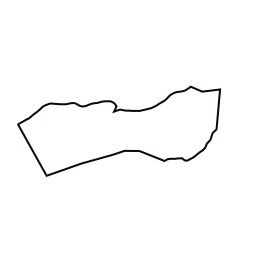 the district of Aurendel Hill, Castries, Saint Lucia, rotated 67°
{"feature_id": "8701671B68700558971197", "entity_name": "Aurendel Hill", "entity_type": "district", "adm_level": 2, "iso_a3": "LCA", "parent_name": "Saint Lucia", "parent_adm1": "Castries", "projection": "robinson", "projection_center": [-60.987, 14.001], "detail": "fine", "context": "isolated", "style": "outline", "palette": "ink", "viewbox_px": 256, "rotation_deg": 67, "n_neighbors": 0, "source": "geoboundaries", "source_scale": "gbopen_adm2", "svg_char_len": 1366}
<svg xmlns="http://www.w3.org/2000/svg" viewBox="0 0 256 256"><g transform="rotate(67 128 128)"><path d="M140.2,221.6L142.5,185.2L146.8,151.9L147.7,140.1L153.7,126.4L172.7,107.2L172.2,104.0L172.9,101.1L174.7,96.9L175.4,94.3L177.0,90.1L180.2,88.3L181.2,85.9L180.7,80.4L180.2,77.6L178.4,71.5L177.7,67.6L177.3,67.1L176.5,64.8L173.2,61.5L171.2,56.8L165.8,52.1L163.8,47.0L128.5,28.2L124.9,40.8L123.5,45.5L114.5,54.1L115.0,55.8L115.5,58.5L115.8,61.2L115.4,63.8L114.9,65.9L114.2,68.3L113.7,71.1L113.8,72.9L113.9,73.2L114.0,74.3L114.0,75.1L114.6,77.1L115.3,78.8L116.4,81.3L117.1,83.6L117.5,86.4L117.8,89.4L118.5,93.0L118.7,95.6L118.8,98.9L118.2,102.6L117.5,106.8L117.0,109.6L116.8,110.8L115.3,114.0L115.0,114.9L113.6,118.1L112.6,120.0L111.3,122.9L110.4,124.5L107.9,128.2L107.5,134.4L103.6,130.1L101.8,130.4L100.6,130.7L99.1,131.4L96.9,133.3L96.0,135.0L94.3,139.1L93.7,141.2L93.3,143.6L93.1,145.1L93.0,146.4L92.3,148.5L91.8,150.2L91.4,152.8L91.3,155.2L91.3,157.2L91.0,159.4L90.7,160.7L90.3,161.7L89.4,163.0L88.2,164.2L86.9,165.1L85.4,166.3L84.6,167.1L83.9,168.1L83.4,169.2L82.6,172.0L82.2,174.7L81.8,176.1L80.5,179.2L79.5,181.4L78.3,183.7L77.3,185.7L76.3,187.5L75.3,189.6L75.0,190.9L74.9,192.9L74.8,195.1L75.0,197.5L75.4,199.0L76.5,201.7L77.8,206.0L78.4,208.7L80.6,216.0L80.4,216.7L81.6,227.4L82.2,227.8L140.2,221.6Z" fill="none" stroke="#020617" stroke-width="2"/></g></svg>